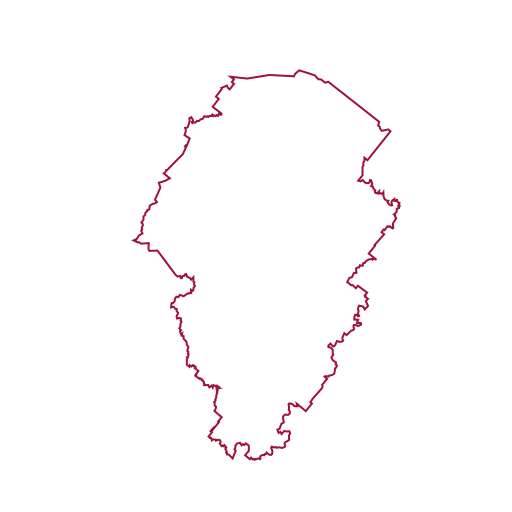 the district of Dubbo, New South Wales, Australia, rotated 30°
{"feature_id": "25037944B69125352721348", "entity_name": "Dubbo", "entity_type": "district", "adm_level": 2, "iso_a3": "AUS", "parent_name": "Australia", "parent_adm1": "New South Wales", "projection": "orthographic", "projection_center": [148.966, -32.475], "detail": "fine", "context": "isolated", "style": "outline", "palette": "rose", "viewbox_px": 512, "rotation_deg": 30, "n_neighbors": 0, "source": "geoboundaries", "source_scale": "gbopen_adm2", "svg_char_len": 6137}
<svg xmlns="http://www.w3.org/2000/svg" viewBox="0 0 512 512"><g transform="rotate(30 256 256)"><path d="M363.6,422.6L363.5,420.9L367.0,421.4L368.6,420.6L369.0,419.5L367.8,416.8L365.0,414.5L365.0,413.1L367.4,412.8L368.6,411.5L369.9,411.7L371.8,410.0L374.6,409.2L376.4,406.7L376.3,405.8L374.7,404.5L374.3,403.1L376.7,398.8L374.3,394.9L374.3,392.6L372.5,391.1L370.1,392.8L368.0,393.3L367.2,397.4L365.0,396.2L364.1,397.9L361.4,395.8L362.7,393.9L361.9,388.5L363.3,386.3L360.0,382.3L359.8,380.6L360.6,378.7L363.2,377.6L364.0,375.6L363.0,373.6L361.4,373.0L360.0,370.0L358.3,368.2L358.4,367.2L361.0,366.1L364.5,366.8L366.9,365.5L365.1,363.5L376.7,365.4L378.2,355.8L376.2,355.5L376.4,351.5L379.3,337.0L378.8,335.5L377.7,334.6L379.0,326.8L375.7,326.2L376.0,325.5L379.2,323.9L379.1,323.1L381.4,321.0L382.6,318.7L380.7,313.5L381.2,312.5L380.8,310.3L379.2,310.1L378.6,308.2L374.8,307.9L372.6,306.7L371.9,305.8L372.4,302.9L371.3,302.2L369.3,298.8L366.1,298.0L364.3,298.7L363.5,297.7L364.2,294.7L368.0,295.8L368.6,295.3L369.1,293.6L368.6,289.2L371.9,288.3L373.5,286.8L373.8,285.7L372.2,284.6L371.6,283.2L371.1,278.7L373.9,279.2L375.8,273.1L377.4,271.3L377.3,270.1L375.4,268.0L375.3,266.9L377.6,265.6L379.4,265.7L381.3,262.9L380.8,261.8L380.0,261.8L376.9,263.5L376.3,260.1L372.9,261.9L371.6,259.3L371.2,257.3L372.4,256.7L374.7,257.2L375.3,256.4L373.1,254.9L372.4,252.5L370.7,250.8L370.0,247.5L374.1,246.2L376.9,247.9L378.0,243.2L373.7,240.2L374.4,237.1L370.7,236.7L370.8,235.9L369.9,235.7L370.5,232.1L359.1,230.8L358.6,234.0L354.1,232.8L353.2,233.7L348.0,232.9L347.8,228.3L349.7,226.3L349.3,221.8L351.4,220.3L348.9,217.0L349.3,215.7L351.1,214.1L350.6,212.1L353.3,211.1L352.4,208.7L353.7,207.5L353.6,206.2L355.2,202.8L357.9,200.6L358.8,200.9L358.8,199.6L362.2,199.0L352.4,197.5L354.0,187.4L353.2,187.2L356.1,173.1L352.8,172.6L353.3,169.3L354.4,169.4L355.0,164.5L356.8,164.3L357.0,163.4L360.4,163.9L360.9,163.2L358.3,159.5L358.5,153.0L356.6,152.3L356.1,151.0L354.7,151.1L355.7,147.4L354.3,144.7L355.8,143.2L355.6,142.0L354.9,142.4L354.1,141.4L354.9,140.2L353.7,139.6L353.7,138.3L351.5,138.4L350.1,136.9L349.3,137.2L349.3,138.6L347.8,139.1L347.2,137.7L346.3,139.8L346.3,141.7L348.5,144.0L347.6,144.8L345.4,144.7L343.1,143.7L343.0,142.0L341.0,142.7L338.9,142.4L336.8,140.8L334.5,137.2L334.5,138.6L333.7,139.4L332.6,139.2L331.2,140.5L330.2,138.4L329.6,141.1L327.5,141.6L326.5,140.6L326.6,139.6L323.7,138.8L322.7,137.6L320.7,137.9L320.8,135.5L317.6,132.8L316.7,133.3L317.5,135.8L316.6,136.9L313.9,138.0L310.4,136.8L309.3,139.1L306.9,139.7L307.9,132.9L303.8,125.7L303.6,123.6L302.4,121.9L302.2,119.2L300.8,116.7L304.6,117.4L310.1,80.8L307.2,80.3L302.4,84.7L299.8,83.7L298.5,82.2L296.5,81.9L295.6,78.2L231.5,69.0L229.3,71.3L224.0,70.6L221.5,71.8L216.6,70.1L200.6,73.6L198.8,78.7L199.0,81.4L177.0,92.6L159.7,106.7L144.3,113.5L148.6,114.1L148.1,117.5L150.9,117.9L149.9,124.8L147.4,124.4L145.6,123.0L141.9,127.9L142.9,128.7L141.6,137.9L145.2,138.6L143.9,148.5L154.9,149.9L155.3,150.9L154.6,151.4L152.7,151.1L153.1,153.6L151.3,153.7L151.1,155.1L149.2,155.2L148.7,156.0L147.5,155.4L147.4,156.1L148.2,156.7L145.8,157.8L145.1,159.4L144.2,159.2L143.2,160.4L141.4,160.7L141.2,164.0L139.8,165.2L138.9,167.8L137.4,168.5L136.8,170.8L135.1,171.6L134.5,172.7L133.4,172.1L133.9,170.5L133.3,169.6L130.6,168.2L129.4,169.9L131.2,172.7L132.5,178.3L131.9,179.7L130.6,180.5L132.7,182.6L133.7,187.1L139.8,187.3L140.9,195.0L140.0,195.0L139.7,196.7L141.0,196.9L141.7,204.2L136.0,226.2L135.3,226.6L135.8,227.1L134.8,230.6L142.5,231.8L139.8,236.3L135.2,241.1L139.0,244.6L140.4,257.8L143.2,258.7L142.3,260.9L140.5,262.4L138.8,265.6L140.2,268.5L140.0,269.7L138.8,270.3L139.3,271.9L138.6,273.9L139.5,275.6L138.8,278.1L140.4,280.8L140.0,284.3L141.5,284.6L142.6,285.9L143.1,289.1L144.1,289.8L143.9,291.5L146.4,293.2L144.4,296.8L144.1,302.3L143.5,302.0L142.2,303.7L146.7,303.4L147.6,302.6L150.4,302.7L156.7,298.5L159.3,303.6L161.0,304.9L168.0,300.6L195.8,312.5L198.3,313.0L200.2,311.2L201.9,312.7L202.8,312.4L202.4,310.2L204.0,308.9L203.7,307.6L204.5,306.5L206.6,308.3L210.2,308.2L211.5,309.0L212.4,305.7L214.6,309.5L215.8,309.6L216.7,311.9L218.2,312.6L217.8,314.8L218.9,317.1L218.3,318.1L216.7,317.8L218.4,320.5L217.2,320.9L216.9,321.9L215.5,322.6L213.4,327.1L209.6,327.6L209.2,330.5L207.3,331.1L207.2,333.9L208.1,335.5L207.8,338.0L206.5,339.0L208.1,343.0L210.2,341.1L212.3,342.1L213.7,341.5L214.9,343.4L217.1,344.3L217.4,348.1L219.0,349.6L220.5,348.0L222.2,347.6L222.9,349.6L224.3,350.0L224.5,352.5L225.9,355.0L225.7,357.0L228.2,357.7L227.7,359.0L228.1,359.6L230.4,361.3L230.8,360.0L231.7,362.2L233.4,361.6L234.6,363.8L238.6,365.0L240.6,367.5L243.0,368.7L243.9,372.5L245.5,373.0L245.9,374.8L246.6,374.8L247.2,375.9L247.7,377.3L247.0,378.1L247.7,378.2L247.8,380.1L250.4,384.7L253.8,385.3L253.4,383.6L255.4,383.9L255.7,382.4L256.9,382.6L257.0,381.9L259.3,382.3L259.0,384.6L259.5,383.7L263.6,384.4L263.1,388.4L263.8,388.6L263.7,389.7L262.4,390.0L268.4,390.6L268.5,389.8L271.1,389.9L271.0,390.6L273.7,390.9L274.2,392.2L275.4,392.6L275.6,393.8L279.1,391.6L281.3,393.1L282.4,390.3L284.3,391.6L284.0,389.0L285.9,388.8L287.0,387.7L287.5,387.8L287.5,389.3L289.4,388.1L289.5,388.7L290.5,388.6L289.3,389.6L288.7,391.2L290.1,391.6L289.8,392.7L291.0,394.1L290.7,394.7L292.5,399.4L292.4,400.5L293.2,401.3L292.8,403.5L293.6,403.7L294.9,406.1L296.7,406.5L297.4,408.2L297.5,411.0L306.9,412.7L306.0,418.3L307.0,418.4L305.4,427.9L304.9,427.0L304.2,430.3L306.0,430.6L305.2,436.0L306.3,435.9L306.9,436.7L308.4,436.1L309.9,437.7L310.3,436.5L312.7,435.4L313.4,435.8L313.5,435.1L314.4,435.2L315.0,434.1L316.7,433.5L318.4,434.6L318.5,436.6L321.3,437.9L321.9,436.9L322.7,437.1L323.1,435.6L325.0,436.1L325.2,437.0L326.1,437.0L326.0,438.5L328.6,440.1L328.4,441.2L329.8,441.6L330.2,442.3L331.7,441.5L337.0,443.0L335.7,434.7L334.0,434.2L334.2,433.0L333.0,430.5L333.4,427.9L335.6,425.7L338.2,427.2L338.8,425.5L340.4,425.5L340.9,423.4L344.6,423.8L347.2,428.3L346.2,434.0L352.3,435.0L352.6,433.1L354.7,433.9L355.3,433.0L356.7,433.1L356.8,432.2L357.4,432.3L359.1,430.2L360.9,430.1L361.2,429.3L360.0,427.7L360.0,426.8L361.5,424.7L362.7,424.4L362.8,423.1L363.6,422.6Z" fill="none" stroke="#9f1239" stroke-width="2"/></g></svg>